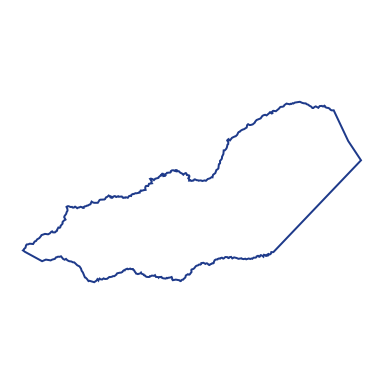 the district of Mirador, Maranhão, Brazil
{"feature_id": "56859067B34634545665479", "entity_name": "Mirador", "entity_type": "district", "adm_level": 2, "iso_a3": "BRA", "parent_name": "Brazil", "parent_adm1": "Maranhão", "projection": "robinson", "projection_center": [-45.153, -6.403], "detail": "fine", "context": "isolated", "style": "outline", "palette": "blue", "viewbox_px": 384, "rotation_deg": 0, "n_neighbors": 0, "source": "geoboundaries", "source_scale": "gbopen_adm2", "svg_char_len": 6020}
<svg xmlns="http://www.w3.org/2000/svg" viewBox="0 0 384 384"><path d="M279.0,108.6L275.9,111.2L273.3,110.8L272.7,111.1L272.2,111.9L272.5,113.1L271.8,113.5L270.5,112.8L270.8,112.2L269.8,112.3L269.5,112.9L266.6,115.4L265.1,114.8L263.4,115.3L262.3,116.0L260.6,118.4L256.6,120.0L255.2,121.6L254.8,122.6L252.7,124.4L250.6,125.0L249.4,125.0L248.1,124.2L247.1,125.2L246.7,127.5L244.0,129.2L242.4,129.7L240.4,130.9L239.8,131.7L238.8,132.0L238.2,132.6L237.2,134.8L235.6,136.3L234.9,136.4L232.0,137.8L230.0,140.4L229.3,139.9L228.7,140.0L228.5,139.2L227.7,139.7L227.2,140.5L228.3,142.1L228.2,144.1L227.5,144.6L226.9,147.3L226.3,148.7L225.3,149.8L224.7,150.4L223.7,150.4L223.4,154.0L222.0,156.8L222.0,158.0L221.5,159.3L220.0,160.9L220.1,162.9L219.9,163.5L218.9,164.2L218.4,168.4L217.7,169.2L216.4,170.0L215.3,173.1L213.2,174.7L212.9,175.3L212.5,177.3L211.7,177.1L209.8,178.4L207.8,179.0L205.9,180.8L204.8,180.4L202.2,181.0L201.6,180.6L200.2,180.4L198.6,180.7L198.1,180.3L196.7,180.2L195.1,179.4L194.4,179.4L193.5,180.5L192.6,180.5L192.0,180.9L191.2,180.9L190.5,180.2L189.8,180.6L189.1,180.6L189.3,179.7L188.8,179.0L188.9,178.3L188.4,178.2L188.7,177.3L189.3,176.9L189.4,176.1L189.0,175.4L188.2,175.3L187.6,174.9L186.9,175.0L186.2,173.3L185.6,173.1L183.9,174.0L183.3,174.7L182.0,173.5L180.3,172.7L178.8,171.2L177.0,171.3L177.1,170.5L176.7,170.1L176.0,170.1L176.0,171.2L174.3,170.8L174.0,170.3L172.1,170.3L170.9,171.1L170.9,171.8L170.3,172.5L167.0,172.8L166.6,173.5L165.1,174.2L164.8,175.0L165.4,175.5L165.0,175.9L163.4,176.1L163.2,175.1L163.5,174.3L162.8,173.7L162.1,173.8L161.9,174.4L161.1,174.8L161.4,175.5L160.2,175.9L158.6,177.2L158.4,177.9L155.3,178.7L153.9,180.1L152.7,179.2L150.9,178.6L150.1,178.9L151.7,181.4L151.3,182.4L151.9,183.3L149.0,183.8L148.2,186.0L146.2,185.9L145.6,186.4L145.2,187.9L145.6,189.9L143.4,190.2L142.8,190.5L140.9,190.5L140.9,191.1L139.6,191.7L139.7,192.6L136.5,193.3L135.4,193.2L133.7,194.1L133.1,193.9L131.5,194.7L131.1,196.0L130.0,195.8L128.9,196.2L127.8,197.8L126.2,197.3L125.4,197.3L125.0,197.8L123.8,197.5L123.2,197.9L122.5,197.4L121.8,196.5L119.2,196.7L118.5,196.3L118.1,196.7L117.3,196.4L116.4,197.0L115.7,196.8L115.0,196.1L114.3,196.1L113.1,196.9L112.6,197.5L112.2,197.1L111.8,197.5L111.5,196.9L110.8,196.4L110.3,197.1L109.9,196.4L108.7,195.5L107.3,196.8L106.0,197.4L105.0,199.1L104.3,199.5L100.3,199.7L99.6,200.0L97.8,202.8L94.2,202.8L92.8,202.4L91.6,201.6L90.4,204.3L89.4,204.6L87.8,205.6L87.2,205.5L85.7,206.3L84.7,206.4L83.9,206.9L83.7,207.9L82.6,207.8L82.4,207.3L80.6,206.8L79.0,207.5L78.3,207.5L77.2,208.2L75.3,206.7L74.6,206.8L74.0,207.5L73.4,207.6L72.5,207.5L72.0,206.9L70.6,207.0L68.5,206.2L67.4,206.3L66.5,206.9L67.4,208.9L67.5,210.7L66.6,212.2L66.2,213.8L64.4,216.3L64.2,217.2L65.5,219.6L63.7,220.7L62.5,222.2L62.6,223.3L62.4,223.9L60.6,225.8L60.5,226.8L59.7,227.8L58.4,227.5L57.1,229.8L57.1,230.6L56.5,231.2L55.6,231.5L55.3,232.2L54.8,232.4L53.0,232.4L52.2,231.4L51.4,231.7L49.8,233.4L48.1,234.3L45.0,233.9L41.5,235.1L41.0,236.0L39.3,238.1L37.1,239.4L36.0,241.0L34.7,241.5L33.1,244.0L29.7,243.7L28.3,244.3L26.7,244.5L26.0,245.5L25.5,247.7L24.2,248.8L23.8,249.7L23.0,250.4L24.9,251.8L42.1,261.2L45.9,259.6L50.7,260.4L52.2,259.6L54.8,258.9L56.0,257.4L56.8,257.3L57.3,256.9L58.2,256.7L59.5,256.8L61.0,256.3L63.2,259.0L64.7,259.7L66.0,258.9L67.4,260.3L69.2,261.2L71.4,261.5L72.9,262.3L74.3,262.4L77.3,265.3L79.5,266.4L81.0,268.6L81.6,270.7L82.9,272.5L84.9,277.4L85.6,277.6L87.0,279.0L88.5,281.1L89.5,280.8L94.2,282.2L96.5,280.6L97.4,279.2L98.4,280.4L98.7,279.4L99.6,278.6L100.1,279.2L102.1,279.5L103.6,278.4L105.0,279.0L107.1,278.8L109.3,277.0L110.1,277.1L112.0,276.7L113.1,276.1L114.4,276.1L116.5,274.5L116.7,273.8L117.2,273.3L119.8,272.7L120.8,272.7L122.3,272.0L123.2,270.8L124.1,270.2L124.7,270.4L125.2,269.6L127.2,268.7L127.8,269.2L128.4,269.2L130.2,268.6L130.9,269.1L132.9,269.0L133.2,269.8L134.2,270.3L134.7,271.6L135.7,272.7L136.0,273.5L137.9,274.1L140.4,273.3L141.0,272.6L141.4,273.4L142.0,273.9L143.7,274.5L143.9,275.2L145.2,275.6L145.5,276.3L146.8,276.9L148.6,277.0L149.5,276.9L149.9,276.2L150.5,276.3L151.8,275.6L154.2,275.8L155.0,275.2L155.9,276.9L158.2,277.1L158.6,277.6L158.9,277.1L161.4,276.9L161.5,277.5L163.1,278.3L165.8,278.6L166.6,277.9L167.6,278.2L168.1,277.8L170.3,277.5L171.6,277.0L172.2,278.4L172.2,279.4L172.8,280.2L175.8,279.6L179.5,280.3L180.3,281.1L181.0,280.9L181.4,280.2L182.3,279.7L183.2,279.6L183.7,278.9L184.9,277.9L185.4,277.3L185.8,275.5L187.9,274.2L189.0,274.7L189.7,274.4L191.5,272.0L191.3,270.1L191.6,269.5L193.2,269.0L194.2,268.3L195.8,266.2L196.9,265.6L197.9,265.4L199.1,264.5L200.4,264.6L201.1,264.1L201.3,263.1L203.5,262.8L205.4,263.9L206.2,263.4L206.9,263.3L207.6,263.7L208.7,264.8L209.6,265.0L210.3,264.2L211.5,263.9L212.3,263.2L213.0,263.4L213.7,263.0L214.0,261.6L214.7,260.2L215.9,259.5L217.5,259.4L217.8,258.9L219.2,258.4L220.0,258.7L220.8,258.0L221.9,257.7L223.2,258.6L223.8,258.4L225.1,257.2L225.7,257.0L227.5,257.2L227.9,257.8L228.5,258.1L229.2,257.8L229.5,257.2L231.1,256.9L232.3,258.4L234.1,257.4L236.6,258.0L238.4,258.8L241.5,258.3L242.0,258.8L243.5,259.1L245.3,258.7L246.2,259.3L248.8,258.5L250.2,259.0L251.5,258.5L252.3,258.8L253.5,257.7L255.2,257.7L256.3,257.3L256.6,256.4L258.0,255.8L258.6,256.0L259.2,256.8L259.9,256.5L260.6,255.2L261.6,255.3L263.4,256.7L264.0,254.8L265.3,255.1L265.9,255.9L266.5,255.9L266.8,254.9L267.3,254.6L267.3,255.5L268.0,255.5L268.4,255.0L268.2,254.4L268.6,254.0L269.3,254.5L270.1,254.3L270.9,253.6L271.3,252.1L273.0,252.2L273.6,251.9L361.0,160.3L348.2,141.0L333.7,110.3L332.0,110.4L331.1,110.1L330.1,109.4L329.6,108.6L328.1,107.9L327.3,107.9L325.6,107.3L325.2,107.0L325.1,106.3L324.4,105.7L323.1,106.5L322.4,106.3L321.9,105.9L319.7,106.1L318.3,107.8L315.8,106.4L314.6,106.9L313.3,108.0L312.4,108.0L311.3,106.7L309.3,105.6L308.2,104.7L306.5,104.1L305.8,103.4L303.9,103.3L302.3,102.9L299.9,101.8L294.8,102.6L293.4,103.5L292.7,103.2L291.3,104.0L290.5,103.8L289.8,104.3L286.5,103.6L284.4,105.1L283.7,106.3L282.7,106.7L280.7,106.9L280.0,107.3L279.0,108.6Z" fill="none" stroke="#1e3a8a" stroke-width="2"/></svg>